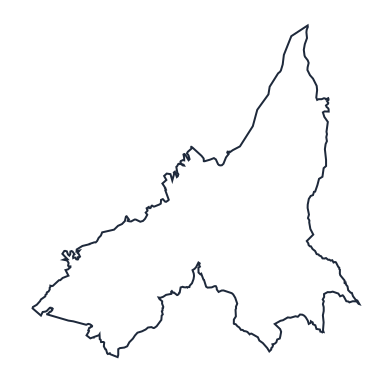 outline of Babana, Arges, Romania, rotated 268°
{"feature_id": "2599482B94335816711173", "entity_name": "Babana", "entity_type": "district", "adm_level": 2, "iso_a3": "ROU", "parent_name": "Romania", "parent_adm1": "Arges", "projection": "natural_earth1", "projection_center": [24.7, 44.889], "detail": "fine", "context": "isolated", "style": "outline", "palette": "slate", "viewbox_px": 384, "rotation_deg": 268, "n_neighbors": 0, "source": "geoboundaries", "source_scale": "gbopen_adm2", "svg_char_len": 5834}
<svg xmlns="http://www.w3.org/2000/svg" viewBox="0 0 384 384"><g transform="rotate(268 192 192)"><path d="M247.5,328.5L257.3,330.2L262.4,326.9L267.0,325.6L267.9,327.2L267.6,331.4L270.1,331.4L271.3,330.7L272.1,329.6L273.8,328.9L275.4,331.0L276.2,331.3L278.1,330.1L279.2,331.6L280.1,331.7L281.0,331.4L280.0,329.0L280.8,328.3L281.1,327.2L280.2,324.7L280.3,321.7L279.7,320.3L282.1,319.5L289.5,320.6L293.7,320.3L301.1,316.9L304.6,314.0L309.9,311.6L312.6,311.9L316.9,313.1L319.5,312.3L323.3,309.6L324.6,309.2L330.2,308.7L335.8,309.9L341.8,312.3L347.7,311.9L350.2,312.3L352.9,313.5L354.4,313.4L344.3,296.7L325.8,288.6L316.3,287.1L310.4,285.1L309.1,284.2L307.6,282.2L294.5,273.3L286.9,271.8L271.9,260.1L255.7,255.1L235.9,241.5L232.4,234.2L230.6,231.5L230.9,231.2L229.9,230.3L231.0,229.6L231.1,229.0L230.1,228.6L228.6,229.9L225.4,227.2L219.1,224.4L217.7,222.8L217.6,221.1L218.0,219.9L218.9,219.0L223.7,217.0L225.1,215.1L223.7,211.2L222.3,205.7L222.4,204.9L225.1,204.8L227.8,202.8L236.6,193.8L237.6,192.1L236.0,193.7L232.3,189.2L230.8,188.3L228.7,189.8L224.9,190.7L223.9,189.7L228.9,186.9L230.2,185.8L230.1,185.2L229.8,184.8L226.9,185.3L223.9,185.3L224.2,184.0L223.3,181.9L222.6,181.5L221.5,181.7L220.3,182.7L219.5,184.6L218.7,185.0L218.9,183.8L220.6,181.6L220.3,180.8L220.7,180.0L220.5,179.3L218.4,178.1L217.6,177.2L211.8,178.0L210.2,179.0L208.2,178.3L207.5,177.4L212.9,175.6L212.1,174.5L210.8,174.8L204.2,172.7L210.6,171.1L211.3,167.4L209.0,164.7L204.9,166.8L201.5,162.7L196.9,165.5L196.7,165.2L195.0,166.1L194.6,165.4L185.0,168.5L184.4,167.9L183.1,165.8L183.3,164.8L185.9,162.6L185.2,160.8L181.5,160.4L180.7,159.1L178.8,153.9L178.8,153.0L179.7,151.9L179.7,151.2L177.5,150.0L177.8,149.4L177.4,148.6L178.5,148.2L177.3,146.1L174.9,146.9L173.0,145.0L170.8,146.5L166.8,144.1L164.8,142.0L164.1,139.3L166.4,134.9L166.5,133.7L164.7,130.1L164.9,128.2L165.4,126.7L166.3,127.0L166.9,127.9L170.0,125.8L169.7,125.1L165.3,123.9L162.4,120.9L160.8,116.9L157.1,112.8L154.8,100.8L151.6,99.4L149.4,97.1L146.4,95.5L145.0,94.0L145.1,92.6L143.7,87.8L143.4,87.8L141.9,80.6L138.6,74.8L136.6,74.5L137.3,77.4L135.1,75.6L134.0,76.6L131.3,77.8L130.0,76.2L131.6,75.3L128.8,75.8L128.5,75.5L128.8,74.0L130.5,73.0L130.6,71.8L130.2,71.0L131.9,70.9L133.5,71.7L133.9,72.4L136.7,70.5L137.2,69.6L136.8,68.4L133.9,68.1L132.7,67.2L133.9,65.9L137.1,64.8L137.6,63.1L137.5,62.3L134.7,60.3L129.4,65.0L129.6,63.3L128.8,61.1L128.1,64.2L127.2,65.3L125.3,66.2L122.9,65.6L121.9,66.1L121.9,67.9L121.1,67.9L119.0,65.4L118.4,62.9L112.7,65.6L110.6,59.7L108.5,57.3L108.5,56.0L103.1,49.7L102.9,48.8L103.3,47.2L102.3,47.2L101.2,46.4L99.5,46.4L97.4,45.0L97.1,43.9L96.4,43.3L95.3,43.3L94.3,42.0L92.8,41.7L89.9,37.3L88.2,36.3L84.7,32.9L82.6,29.0L81.3,28.6L73.8,36.7L77.3,38.6L77.6,41.4L78.2,42.7L81.2,45.8L81.3,46.8L80.2,47.5L80.7,48.2L80.3,48.7L78.7,48.1L77.2,46.5L77.3,45.8L75.1,43.6L75.0,42.2L67.8,64.0L66.9,68.8L63.0,81.6L63.8,83.7L63.4,85.3L62.4,86.8L61.6,87.5L61.1,87.4L60.6,86.4L60.9,86.2L59.9,85.4L59.8,84.6L57.3,83.5L56.8,84.2L56.0,83.9L52.4,81.6L49.3,85.3L50.3,88.4L50.0,88.8L50.6,89.2L52.1,94.0L53.0,94.6L48.1,94.7L47.6,95.5L45.2,95.9L45.2,98.4L44.6,99.0L40.9,98.5L37.8,99.9L37.6,100.6L33.7,101.6L33.0,102.3L33.7,104.2L32.8,104.5L29.6,111.9L31.7,112.6L37.5,112.8L38.5,114.5L38.9,119.0L40.1,121.9L44.0,124.1L47.5,127.8L50.6,130.0L53.3,132.6L54.5,137.1L56.2,140.9L58.1,143.3L58.4,146.7L57.4,148.7L57.5,149.6L59.1,152.0L65.3,156.9L69.6,157.4L70.7,158.5L73.9,157.7L74.5,158.4L76.9,158.5L77.0,159.0L78.2,159.3L81.5,158.2L83.8,158.4L86.1,155.8L87.7,155.0L87.4,156.7L88.3,159.6L90.1,162.5L90.9,167.7L93.1,167.7L93.7,168.4L91.9,169.7L92.1,170.5L89.5,173.5L89.6,174.0L90.3,175.0L91.8,175.7L91.9,176.2L97.0,177.3L97.6,179.4L97.1,180.5L96.9,182.6L97.2,183.4L96.7,184.1L97.1,184.4L97.1,186.1L98.5,186.5L100.8,188.8L104.9,190.5L108.0,191.1L110.5,190.9L113.9,189.8L115.1,191.9L116.8,193.5L121.3,196.0L120.4,197.2L118.8,196.5L117.1,197.3L116.2,195.8L111.3,195.7L109.4,197.5L110.0,198.4L104.0,200.4L103.8,200.9L96.9,202.8L95.9,204.2L96.0,208.4L97.1,211.1L97.1,212.5L95.5,213.3L93.7,213.4L91.2,215.1L92.5,218.2L92.5,220.1L89.5,228.2L88.2,229.6L84.8,231.5L78.8,233.3L75.8,231.9L74.2,232.0L72.8,231.4L66.1,231.5L63.1,229.4L59.0,229.2L58.6,229.6L58.4,231.0L56.2,232.8L55.0,234.5L52.5,236.1L52.4,237.8L51.2,239.1L50.9,240.9L50.2,242.5L47.8,244.6L48.2,245.0L48.4,246.5L44.5,252.8L41.2,254.1L38.6,257.5L33.5,261.7L30.0,263.7L31.7,265.6L33.2,265.8L34.0,266.8L35.7,267.6L37.0,267.1L37.4,269.2L38.8,271.0L41.6,272.0L42.5,274.6L44.6,275.2L49.2,276.2L51.9,275.3L57.2,270.1L60.2,275.9L60.7,278.5L63.3,283.3L62.9,286.1L64.2,291.1L63.6,293.4L65.8,295.7L65.5,298.1L64.4,299.9L62.8,301.3L59.4,303.2L56.1,304.1L57.1,306.1L58.6,306.3L57.4,308.1L55.6,308.3L54.5,310.6L50.8,311.6L50.1,315.0L48.0,315.4L47.7,316.8L47.2,317.3L47.7,317.9L47.5,318.6L49.3,318.1L57.1,319.0L64.2,318.5L68.5,319.5L72.4,319.6L75.4,318.9L78.3,319.9L80.0,318.9L82.5,320.4L85.4,320.4L87.2,324.0L87.0,326.6L87.5,329.2L85.4,334.7L82.6,336.4L83.5,339.0L82.0,340.2L77.5,342.4L77.0,344.6L76.2,345.4L77.2,348.8L76.9,352.7L74.4,354.6L74.1,355.4L77.7,353.5L78.7,351.7L82.2,349.3L85.6,348.2L85.8,347.1L88.4,344.7L92.3,344.1L93.8,342.9L95.8,342.4L95.3,341.9L95.7,341.3L98.2,341.4L103.6,337.3L105.3,336.9L109.2,337.1L109.9,336.5L111.3,336.5L112.0,335.6L116.7,333.4L117.1,332.4L116.6,331.0L118.9,329.8L118.6,328.1L119.5,327.1L119.5,325.7L121.3,323.6L120.9,322.3L121.1,320.1L123.2,318.9L124.1,317.0L125.1,316.3L125.6,314.4L128.7,313.0L130.8,310.5L133.5,309.0L133.7,307.8L135.1,306.6L136.5,306.5L139.0,305.0L145.2,311.7L150.9,309.0L157.4,308.1L159.5,308.3L161.9,307.0L165.3,308.1L172.0,307.0L175.3,307.2L181.0,308.5L183.9,310.5L184.7,312.8L187.9,313.9L188.1,315.1L194.6,317.6L200.7,319.4L202.7,322.9L211.2,324.4L213.3,326.9L219.3,327.1L230.2,326.3L235.2,327.2L238.1,328.6L242.1,328.1L245.1,328.9L247.5,328.5Z" fill="none" stroke="#1e293b" stroke-width="2"/></g></svg>